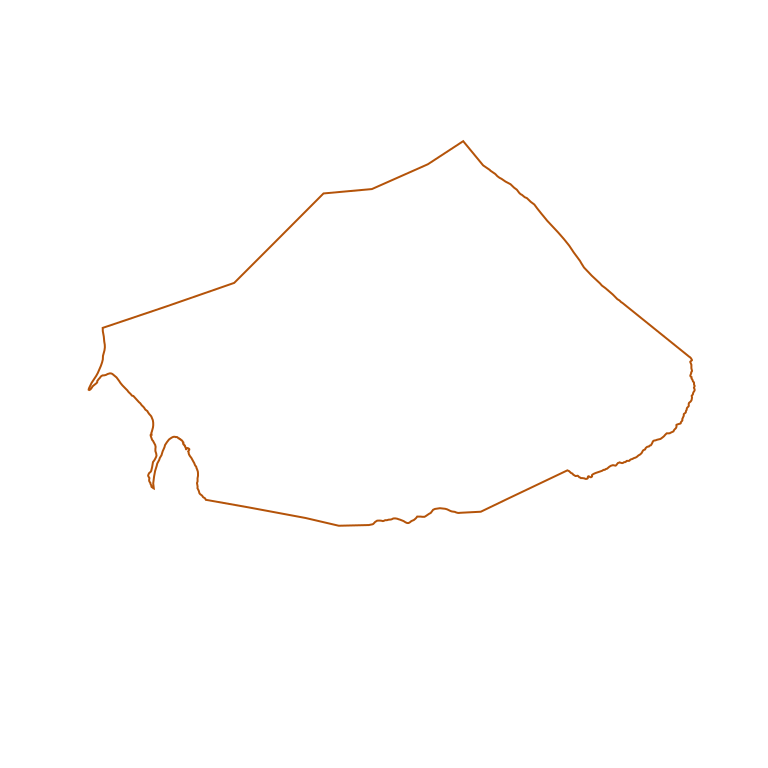 outline of Xyargas, Uvs, Mongolia, rotated 43°
{"feature_id": "93677404B82072173731918", "entity_name": "Xyargas", "entity_type": "district", "adm_level": 2, "iso_a3": "MNG", "parent_name": "Mongolia", "parent_adm1": "Uvs", "projection": "natural_earth1", "projection_center": [93.9, 49.493], "detail": "fine", "context": "isolated", "style": "outline", "palette": "amber", "viewbox_px": 768, "rotation_deg": 43, "n_neighbors": 0, "source": "geoboundaries", "source_scale": "gbopen_adm2", "svg_char_len": 6153}
<svg xmlns="http://www.w3.org/2000/svg" viewBox="0 0 768 768"><g transform="rotate(43 384 384)"><path d="M588.6,155.9L503.0,162.1L501.5,162.4L499.3,162.3L496.8,162.8L490.3,162.5L480.4,162.9L476.2,163.4L473.3,163.1L462.0,163.1L450.8,162.4L445.9,161.1L443.4,160.3L433.1,158.4L425.1,156.5L416.8,155.3L408.1,154.4L392.0,153.3L386.9,152.6L383.0,152.1L376.3,151.1L371.5,150.2L367.1,150.7L361.7,150.6L359.6,151.4L355.8,151.6L354.5,152.0L352.6,152.0L348.6,151.3L345.3,151.7L340.3,151.6L334.8,153.1L330.0,153.8L327.9,154.4L325.1,154.7L322.2,154.5L316.4,155.4L315.4,155.3L307.4,156.5L276.3,152.4L266.2,193.4L242.2,249.7L209.8,285.9L207.3,360.9L205.5,412.2L172.1,475.4L140.0,534.8L142.4,537.2L146.7,540.4L150.4,543.7L153.0,545.7L154.8,547.5L156.6,550.0L159.3,555.1L161.6,557.8L163.1,560.5L164.6,563.9L167.2,571.2L168.0,574.4L169.4,582.6L171.0,587.8L171.5,589.0L171.9,589.6L172.5,589.5L172.8,588.9L173.0,588.0L172.8,585.9L172.5,584.5L172.6,583.3L173.2,579.2L173.0,578.2L172.3,577.5L172.0,575.1L172.0,573.3L171.8,571.6L172.0,570.5L172.5,569.4L173.3,568.7L174.4,567.1L175.1,565.1L176.3,563.1L177.4,562.3L178.5,561.9L183.9,561.6L188.2,562.4L190.6,563.0L193.6,563.4L198.0,563.6L200.8,563.7L202.0,564.0L203.6,564.1L205.4,564.1L207.6,564.4L208.9,563.7L217.3,564.4L218.8,564.3L221.4,564.8L223.6,564.8L225.0,565.0L226.9,565.5L229.4,565.2L230.9,565.7L232.9,566.1L234.5,566.2L235.9,566.4L237.6,567.2L239.6,568.1L241.6,569.7L243.4,571.6L244.7,573.4L246.7,577.2L247.3,578.6L247.9,579.0L248.6,579.6L248.0,580.2L248.2,580.6L248.9,581.1L252.1,582.8L253.0,583.1L253.9,583.1L254.9,583.5L258.4,584.7L259.0,585.2L259.7,585.6L260.3,586.3L261.0,587.3L262.6,589.0L264.8,590.2L266.5,591.6L267.1,592.9L267.9,595.6L268.2,597.6L268.2,598.3L268.4,598.8L271.2,603.1L273.0,606.3L273.2,607.3L273.2,607.9L273.1,608.5L273.0,609.3L273.2,610.1L273.6,611.2L274.1,612.0L275.2,612.4L276.6,612.8L277.2,613.8L277.7,614.3L278.3,615.0L279.3,615.4L280.7,615.7L281.0,616.1L281.8,616.5L283.1,616.9L283.7,617.5L284.3,617.8L284.8,617.7L285.1,617.3L285.5,617.1L286.3,617.6L286.9,617.4L283.0,614.1L278.9,608.4L275.9,603.7L273.6,598.9L272.4,596.8L271.4,592.9L270.5,591.0L269.8,587.7L269.2,586.6L267.9,583.9L267.5,582.6L266.5,579.8L265.5,578.0L265.2,576.2L264.9,574.5L264.6,571.2L264.9,569.7L265.3,568.0L265.8,566.7L266.4,565.8L267.1,565.2L268.0,564.8L268.7,564.0L269.1,563.9L269.7,563.8L270.3,563.9L270.6,563.9L271.2,563.5L271.9,563.7L272.3,563.6L272.7,563.2L273.6,563.4L274.2,563.1L274.9,563.2L275.4,563.2L275.8,563.3L276.3,563.6L277.0,563.5L277.4,563.8L277.2,564.0L277.3,564.2L278.3,564.9L279.6,565.0L279.7,564.8L280.3,564.8L280.5,564.9L280.5,565.1L281.0,565.4L281.3,565.6L282.1,565.6L282.5,565.8L283.4,566.6L283.7,566.7L283.9,566.5L283.9,566.3L283.7,565.7L283.7,565.2L283.9,564.9L284.2,564.7L285.4,564.4L285.9,564.4L286.3,564.7L286.5,565.1L286.5,565.7L286.6,566.0L286.7,566.3L286.8,566.9L287.7,567.1L288.1,567.7L289.1,568.3L289.6,568.6L290.3,568.7L290.9,569.0L292.7,569.3L293.4,569.4L296.4,570.4L297.9,570.9L299.0,571.2L300.8,572.1L301.6,572.4L302.9,572.5L303.6,572.9L304.1,573.3L305.8,574.0L306.5,574.5L307.3,574.8L308.6,575.9L310.6,578.0L311.9,580.1L314.1,582.4L314.3,582.8L314.4,583.2L314.5,583.5L315.0,584.2L315.9,584.8L317.7,586.2L318.6,587.4L321.3,588.4L323.6,589.8L324.3,589.9L325.1,589.9L326.8,589.7L327.7,589.8L328.3,590.0L329.0,590.1L330.8,589.7L331.5,589.8L332.7,590.2L369.1,566.6L418.0,535.5L447.6,518.5L469.1,497.5L471.3,494.4L471.6,493.6L471.6,491.8L471.6,490.9L472.2,488.6L474.0,486.8L475.3,485.8L476.7,485.0L477.2,484.2L477.7,482.9L479.1,481.5L479.9,480.1L481.2,478.7L481.9,477.7L482.5,476.0L483.9,474.6L485.4,473.6L486.8,473.0L488.2,472.3L491.8,470.9L494.0,470.5L495.5,470.0L496.2,469.5L496.8,468.9L497.3,467.3L497.5,465.6L498.6,463.1L498.8,461.5L498.9,460.2L498.7,458.3L501.2,456.0L502.6,455.0L504.2,453.5L504.6,452.2L505.5,448.2L506.1,446.4L505.9,444.3L505.7,442.5L506.5,440.6L509.6,436.7L513.9,433.5L515.7,432.6L519.3,431.5L520.6,430.9L523.0,429.2L524.2,428.8L525.6,428.1L526.8,427.2L527.3,426.5L541.9,411.4L552.1,385.2L577.0,322.1L578.8,321.5L581.6,321.5L582.9,321.0L583.7,321.2L584.4,321.2L586.8,320.7L587.8,319.6L588.2,319.0L588.9,318.9L590.5,319.0L591.3,318.6L592.3,318.5L592.9,317.8L595.0,316.3L595.9,316.1L596.8,315.3L597.2,314.6L597.3,314.1L597.1,313.6L596.6,313.2L596.4,312.7L596.4,312.1L596.8,311.8L598.3,311.5L598.9,311.1L599.2,310.4L599.2,309.7L598.3,308.9L598.2,308.4L598.6,306.8L599.5,304.7L601.5,301.0L602.7,298.7L603.1,297.1L604.0,296.2L604.1,295.2L604.9,293.8L605.2,291.0L605.7,289.1L606.8,287.2L608.7,286.0L609.1,285.7L609.2,284.8L609.0,282.9L609.0,282.2L609.6,281.2L609.7,280.7L611.2,280.0L611.9,279.6L612.3,279.2L612.6,278.7L612.8,277.8L613.0,277.3L613.6,276.7L613.9,276.0L613.9,274.8L614.3,274.3L615.4,273.3L615.8,272.8L615.8,272.5L615.7,271.8L615.8,271.4L615.9,270.9L616.9,269.2L616.9,268.9L617.5,267.3L617.9,266.8L618.4,265.6L618.6,264.8L618.8,262.7L619.4,260.8L619.5,258.8L618.8,256.1L618.9,255.4L619.6,253.7L619.2,253.0L619.1,252.0L619.3,250.5L620.4,248.9L620.3,248.2L620.5,247.5L620.9,247.0L620.9,246.1L620.2,243.5L619.8,242.7L619.9,241.7L620.1,241.2L621.1,239.9L621.7,238.6L623.7,235.6L624.2,232.8L624.4,231.3L624.3,229.4L624.4,227.3L625.8,226.0L626.6,225.1L626.7,224.5L628.0,221.3L627.5,219.4L627.6,217.3L627.1,215.8L625.8,214.6L625.8,214.2L626.0,213.8L626.9,212.1L627.5,211.3L627.8,210.4L627.4,209.9L627.2,209.3L627.1,207.4L626.8,206.8L626.1,206.3L624.9,202.8L624.0,201.8L623.8,201.5L623.8,201.1L624.1,199.6L624.0,198.8L623.3,197.9L623.1,197.3L623.0,196.5L622.3,195.6L622.0,195.0L621.9,194.4L622.0,192.7L621.7,192.0L621.0,191.4L620.2,190.4L620.0,189.9L620.0,189.3L620.2,188.0L620.1,186.8L619.8,185.8L619.2,184.9L618.5,183.8L617.6,183.2L617.1,182.8L617.0,181.0L616.3,179.9L615.9,178.8L615.7,177.4L615.3,176.5L614.5,175.9L613.5,175.5L613.1,175.2L612.7,173.8L612.3,173.4L611.3,173.1L609.8,171.6L609.2,171.4L608.2,171.4L606.8,170.6L606.2,170.4L605.4,170.3L605.0,170.1L604.6,169.6L604.2,169.2L603.2,169.4L602.6,169.2L602.2,168.8L601.3,166.6L600.8,166.1L600.7,165.8L600.6,165.5L600.6,164.9L600.3,164.3L598.0,162.8L595.7,160.3L592.9,159.0L592.8,158.6L593.0,156.6L592.6,156.3L590.8,155.8L589.6,155.7L588.6,155.9Z" fill="none" stroke="#b45309" stroke-width="2"/></g></svg>